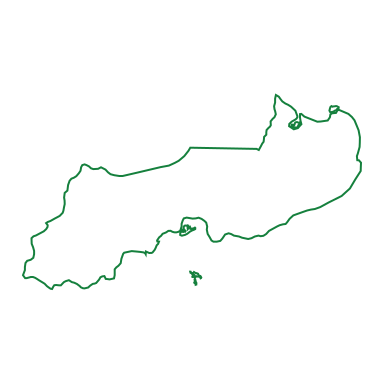 outline of Lahad Datu, Sabah, Malaysia
{"feature_id": "92858781B71459572065664", "entity_name": "Lahad Datu", "entity_type": "district", "adm_level": 2, "iso_a3": "MYS", "parent_name": "Malaysia", "parent_adm1": "Sabah", "projection": "equal_earth", "projection_center": [118.4, 5.123], "detail": "fine", "context": "isolated", "style": "outline", "palette": "green", "viewbox_px": 384, "rotation_deg": 0, "n_neighbors": 0, "source": "geoboundaries", "source_scale": "gbopen_adm2", "svg_char_len": 5921}
<svg xmlns="http://www.w3.org/2000/svg" viewBox="0 0 384 384"><path d="M74.2,282.7L77.0,284.0L77.5,284.4L79.1,285.6L80.0,286.3L80.7,287.2L82.8,288.2L84.5,288.4L88.2,287.5L90.1,285.7L92.7,283.9L94.6,283.6L96.2,283.0L99.1,279.6L100.4,277.3L102.2,276.4L104.4,276.1L105.1,277.5L105.7,278.9L107.7,279.1L109.5,279.4L114.0,278.4L114.7,275.1L114.7,269.3L116.3,267.4L118.4,265.8L120.7,263.2L121.4,258.8L123.2,253.8L124.2,252.7L131.7,251.1L136.1,251.5L140.1,251.9L143.6,252.4L145.2,253.3L145.7,254.2L145.9,251.5L149.2,253.0L151.7,252.9L152.6,252.4L153.4,251.4L154.7,249.8L155.7,247.8L156.7,245.3L158.1,243.9L159.0,241.6L157.3,241.4L157.1,240.4L159.2,237.3L161.1,235.8L162.6,233.8L164.4,233.1L166.1,232.4L168.3,230.9L170.6,230.8L172.4,231.8L174.2,232.3L176.2,232.4L178.2,231.9L180.2,230.8L180.9,228.7L181.6,226.4L181.6,223.8L182.8,220.3L183.8,218.4L186.7,217.6L192.6,218.6L195.7,218.4L198.6,217.7L201.6,218.9L204.3,220.8L206.2,222.6L207.2,226.5L206.8,229.7L207.7,234.0L209.4,236.7L211.5,240.5L213.5,241.7L216.6,241.7L220.3,240.9L222.4,238.5L225.1,234.5L228.6,233.3L231.3,234.1L233.9,235.6L239.0,236.5L242.0,237.7L248.2,239.0L251.5,238.2L254.8,236.5L258.5,235.6L260.6,236.2L263.4,235.8L266.2,234.0L269.0,230.9L277.2,226.4L279.7,225.2L283.0,224.3L285.6,224.0L287.1,222.3L289.6,218.8L293.3,215.4L302.8,212.0L307.1,210.5L310.9,209.6L314.9,209.0L320.2,207.1L328.6,202.5L341.6,196.0L349.9,188.5L355.3,179.4L360.7,171.0L360.8,167.4L361.0,162.7L358.9,160.3L357.3,160.2L356.9,156.1L357.8,153.6L359.6,147.0L359.8,142.6L359.9,137.2L358.6,130.3L356.9,126.1L354.5,120.3L351.9,117.0L348.4,113.9L339.0,109.9L337.4,110.4L336.0,112.9L332.1,113.3L330.4,114.4L329.9,117.3L327.7,120.5L320.7,121.5L317.3,121.7L308.7,118.3L304.4,116.6L301.3,113.9L300.0,114.1L300.0,117.5L300.5,120.7L301.4,124.2L299.8,125.9L297.9,128.1L293.8,129.3L289.1,126.2L289.3,123.9L291.6,121.7L295.4,119.5L296.6,118.5L297.4,117.1L297.3,115.8L296.9,114.9L295.4,110.7L291.1,106.7L288.1,104.8L285.3,103.5L282.3,101.4L280.5,99.1L278.8,96.7L275.9,95.0L275.1,98.7L275.1,102.6L274.1,106.2L274.5,109.2L275.2,111.4L275.8,114.3L274.4,117.3L272.7,118.8L270.6,121.4L270.8,125.2L270.0,126.6L268.5,127.9L266.6,130.0L266.3,132.2L266.3,134.7L264.1,136.9L263.9,139.4L263.6,141.8L262.2,143.6L261.0,146.0L258.8,150.0L256.6,148.9L190.3,147.7L188.4,150.9L186.5,153.3L184.3,156.1L178.7,160.8L174.8,162.9L168.9,165.6L160.7,167.1L137.8,172.5L127.0,175.0L122.6,176.0L119.3,176.0L114.2,175.2L110.5,174.2L108.0,172.3L105.5,169.6L101.0,167.3L98.1,168.8L93.3,169.1L91.0,168.3L89.0,166.4L86.5,165.1L84.6,164.4L82.3,165.1L81.1,167.3L80.5,170.8L78.8,173.3L76.3,176.2L73.9,177.7L71.4,178.7L69.6,180.8L68.1,185.0L67.4,190.6L64.7,192.9L64.1,197.6L64.6,200.7L64.7,204.1L64.0,207.3L63.4,210.7L62.7,212.8L59.7,215.9L57.3,217.2L55.0,218.4L50.4,221.0L47.7,222.0L46.1,223.1L47.7,225.2L47.5,227.0L46.2,229.1L43.8,231.3L35.9,235.5L33.5,236.3L31.5,238.2L31.7,243.8L33.1,247.3L34.1,250.9L34.1,254.2L33.3,257.8L30.7,259.8L27.2,260.8L25.5,263.0L25.0,266.4L24.9,266.9L24.9,270.1L23.0,275.2L25.1,278.1L26.7,278.1L29.0,277.5L30.8,277.0L33.0,277.0L35.1,277.8L37.1,279.0L38.9,280.2L43.0,282.7L44.6,283.7L47.0,286.2L48.9,287.6L50.5,288.7L52.1,289.0L53.3,286.6L54.3,285.2L56.1,285.0L58.8,285.3L60.9,285.3L63.8,282.2L65.6,281.2L68.9,280.2L70.3,281.1L71.8,282.1L74.2,282.7ZM188.0,225.5L187.5,225.3L186.4,225.7L185.2,225.5L184.4,225.8L183.8,226.9L183.6,228.1L184.0,229.3L184.3,230.0L185.1,230.4L185.6,230.9L185.2,231.7L184.4,231.6L183.2,232.0L182.8,231.9L182.6,231.4L182.7,229.7L182.0,229.6L181.8,230.9L181.3,231.8L180.4,232.7L180.2,233.8L180.2,235.0L181.9,235.7L183.0,235.4L185.0,234.9L187.2,233.8L188.4,232.9L189.7,231.8L192.0,230.5L193.9,229.8L195.2,229.1L195.3,228.0L194.9,227.6L193.9,228.2L192.8,228.5L191.5,228.7L190.5,228.9L190.2,227.3L189.9,226.6L189.0,227.0L188.6,228.2L187.8,229.1L187.6,227.9L187.6,226.5L188.0,225.5ZM337.4,106.5L336.6,106.1L335.7,106.1L334.9,106.3L333.5,106.4L332.4,106.7L331.6,106.1L330.6,106.7L330.2,107.7L329.9,108.5L329.8,109.4L329.4,110.3L329.8,111.5L330.2,112.1L331.3,112.1L333.1,111.7L334.1,111.2L334.7,110.7L335.5,110.4L336.5,110.1L336.9,109.2L338.0,108.6L338.6,108.2L338.7,107.2L338.1,106.9L337.4,106.5ZM298.2,122.6L297.2,122.1L296.5,122.1L295.5,122.4L294.9,123.1L294.6,124.4L294.3,125.0L293.7,125.0L293.0,124.7L292.3,124.7L291.7,124.7L291.6,125.5L292.1,126.0L292.7,126.4L293.6,126.9L294.7,127.3L295.7,127.5L296.8,127.6L297.6,127.0L297.9,126.2L298.4,125.4L298.6,124.8L299.4,124.3L300.1,123.9L299.9,122.2L299.5,122.5L298.9,122.8L298.2,122.6ZM191.8,272.9L191.3,272.6L190.8,272.2L190.6,271.7L190.2,271.7L190.3,272.1L190.5,272.4L190.5,272.8L190.8,273.0L191.5,273.3L191.9,273.5L192.1,273.8L192.2,274.2L192.7,274.5L193.1,274.6L193.0,275.1L192.9,275.7L192.8,276.0L192.4,276.3L192.3,276.8L192.8,277.0L193.0,277.2L193.1,277.9L193.1,277.2L193.2,276.8L193.7,276.6L194.1,276.3L194.1,275.8L194.1,275.3L194.5,275.1L194.7,275.5L194.7,275.9L195.1,276.2L194.9,276.7L194.6,276.9L194.5,277.1L194.6,277.4L194.7,277.6L194.6,278.0L194.3,278.4L194.0,278.5L194.6,278.4L194.8,278.2L195.1,277.6L195.2,277.4L195.5,277.3L195.6,277.0L195.8,276.8L196.3,276.3L196.6,276.2L197.1,276.4L197.4,276.5L197.9,276.6L198.3,276.3L198.6,276.0L199.0,275.8L199.2,276.2L199.0,276.7L199.3,276.8L199.6,276.6L200.1,276.8L200.5,277.1L200.4,277.8L200.6,278.3L201.0,278.1L201.3,277.5L201.0,276.9L200.7,276.4L200.4,276.0L200.1,275.9L199.7,276.0L199.3,275.9L198.8,275.3L198.6,274.9L198.3,274.3L198.1,273.8L197.8,273.6L197.5,273.8L197.0,273.5L196.6,273.1L196.0,273.1L195.5,273.0L194.7,272.5L194.3,272.2L194.0,272.0L193.5,272.8L193.2,273.0L192.7,273.1L191.8,272.9ZM196.0,284.5L196.3,284.5L196.4,283.8L196.4,283.3L196.3,282.6L196.1,282.3L195.7,281.9L195.7,281.1L195.5,280.8L195.4,280.3L195.3,279.6L195.0,279.3L194.7,279.2L194.6,279.5L194.5,279.9L194.9,280.4L195.0,280.7L195.0,281.1L194.9,281.5L194.6,281.9L194.3,282.3L194.2,282.7L194.5,283.0L194.8,283.0L195.1,283.4L195.5,284.0L195.6,284.7L196.0,284.5Z" fill="none" stroke="#15803d" stroke-width="2"/></svg>